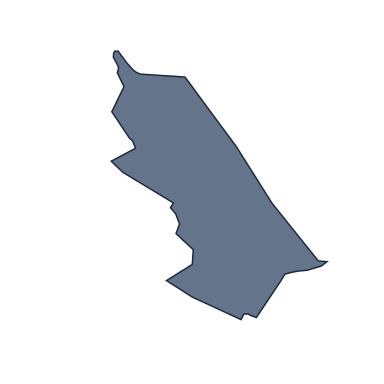 Cerro Corá, Rio Grande do Norte, Brazil, rotated 309°
{"feature_id": "56859067B25241393300529", "entity_name": "Cerro Corá", "entity_type": "district", "adm_level": 2, "iso_a3": "BRA", "parent_name": "Brazil", "parent_adm1": "Rio Grande do Norte", "projection": "equal_earth", "projection_center": [-36.335, -5.976], "detail": "fine", "context": "isolated", "style": "filled", "palette": "slate", "viewbox_px": 384, "rotation_deg": 309, "n_neighbors": 0, "source": "geoboundaries", "source_scale": "gbopen_adm2", "svg_char_len": 863}
<svg xmlns="http://www.w3.org/2000/svg" viewBox="0 0 384 384"><g transform="rotate(309 192 192)"><path d="M110.5,258.3L121.3,300.9L122.5,305.8L123.7,310.5L129.6,309.1L132.4,312.1L133.2,316.0L135.0,321.0L179.4,316.9L183.9,316.2L186.7,315.9L192.4,320.1L197.7,324.6L203.7,330.8L216.1,339.2L222.8,340.7L217.9,333.6L233.7,261.0L253.7,202.2L255.2,197.8L270.4,139.1L274.8,122.5L276.9,114.2L251.0,77.5L249.9,73.1L249.9,68.8L250.5,64.9L251.2,60.6L252.8,54.3L255.0,45.9L252.7,43.3L250.5,43.8L247.1,46.2L245.4,50.7L242.7,56.4L240.4,57.9L237.7,58.8L231.1,72.8L203.9,79.2L194.6,109.2L194.3,113.6L192.9,116.2L190.5,120.6L165.1,109.8L163.8,126.0L171.8,184.4L166.3,185.2L164.7,193.2L161.8,198.1L159.3,202.4L149.6,205.8L149.3,210.7L149.0,213.6L148.0,229.3L135.9,237.8L122.5,233.2L107.1,227.9L110.0,253.9L110.5,258.3Z" fill="#64748b" stroke="#1e293b" stroke-width="1.5"/></g></svg>